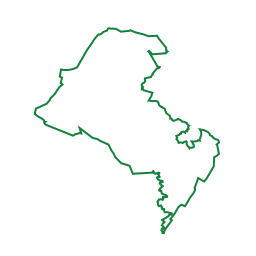 Minatitlán, Colima, Mexico, rotated 281°
{"feature_id": "50627088B87770668885129", "entity_name": "Minatitlán", "entity_type": "district", "adm_level": 2, "iso_a3": "MEX", "parent_name": "Mexico", "parent_adm1": "Colima", "projection": "equal_earth", "projection_center": [-104.083, 19.372], "detail": "fine", "context": "isolated", "style": "outline", "palette": "green", "viewbox_px": 256, "rotation_deg": 281, "n_neighbors": 0, "source": "geoboundaries", "source_scale": "gbopen_adm2", "svg_char_len": 5721}
<svg xmlns="http://www.w3.org/2000/svg" viewBox="0 0 256 256"><g transform="rotate(281 128 128)"><path d="M214.2,81.0L208.1,77.7L205.7,76.9L196.7,72.9L187.5,69.8L177.8,66.4L175.3,62.6L174.2,60.0L173.3,57.3L172.7,53.8L172.7,51.1L165.4,51.3L164.8,53.7L159.5,53.3L158.2,55.4L155.1,52.8L153.4,52.2L151.2,51.1L147.6,49.7L145.5,48.4L143.5,47.0L142.7,46.5L141.7,46.0L140.7,46.0L136.4,43.6L129.4,33.9L123.9,33.8L123.2,35.5L122.9,35.8L122.6,36.6L122.2,37.4L121.6,39.0L121.1,40.8L119.8,43.8L119.2,44.3L118.1,44.5L118.0,44.8L118.1,45.5L117.3,44.8L116.7,45.1L115.8,46.1L115.5,46.9L110.0,75.4L110.6,76.3L111.5,77.0L112.2,78.2L112.5,79.2L113.4,80.5L113.7,81.4L113.8,82.1L113.7,83.1L118.8,80.5L111.5,95.2L111.3,100.1L110.1,103.1L108.0,112.1L103.2,115.6L100.3,118.7L97.2,120.9L92.1,128.1L91.3,136.7L84.0,141.5L88.8,160.2L89.0,160.4L90.0,160.6L90.4,160.9L90.5,161.1L90.5,161.3L90.4,161.4L89.5,161.3L89.4,161.5L89.2,161.9L88.7,162.0L88.6,162.3L88.3,163.5L88.9,164.3L88.9,164.9L89.3,165.2L89.8,166.0L90.0,166.6L89.9,167.2L89.7,167.4L89.1,167.1L88.8,167.0L88.6,166.8L88.6,166.5L88.4,166.4L88.2,166.4L87.8,167.1L87.3,167.4L86.3,168.3L86.1,168.4L85.9,168.3L85.8,168.2L85.8,167.6L85.7,167.0L85.5,166.5L85.3,166.1L84.8,166.0L84.6,166.0L84.4,166.2L84.3,166.4L83.9,166.6L83.6,166.9L83.3,167.4L83.2,167.5L82.9,168.4L82.7,168.7L82.8,169.0L82.5,169.5L82.7,171.0L82.6,171.9L82.5,172.0L81.7,172.4L81.3,172.0L81.2,171.6L80.9,171.3L80.7,170.6L80.4,169.7L80.2,169.6L79.6,169.9L78.8,170.7L78.4,171.3L77.9,172.4L77.9,172.7L77.8,173.0L77.6,173.3L77.3,173.2L77.0,172.7L76.8,172.6L76.7,172.5L76.2,172.0L75.8,171.8L74.7,171.1L73.8,171.3L73.5,171.3L73.4,171.0L73.5,170.5L73.1,170.3L72.4,170.9L72.3,171.5L72.3,172.1L72.5,172.7L72.1,172.8L70.8,173.4L70.2,173.6L69.8,174.9L69.4,177.7L69.1,178.7L68.5,179.4L68.2,179.6L67.9,179.6L67.7,179.4L67.4,178.7L67.4,178.3L67.2,177.5L67.2,176.1L67.0,175.5L66.1,175.7L65.7,176.1L64.7,176.1L64.2,175.9L64.1,175.7L64.4,174.7L64.4,173.9L64.2,173.8L64.2,173.5L64.0,173.2L63.8,172.7L63.9,172.4L63.9,172.2L63.7,172.0L62.9,171.7L62.4,171.8L62.0,171.2L61.6,171.0L60.7,171.2L60.2,171.7L60.0,171.8L59.0,171.9L58.1,172.3L57.5,172.7L57.3,172.9L57.2,173.4L57.6,173.7L57.9,174.1L58.2,174.9L58.2,175.1L57.7,175.2L57.5,175.3L56.9,176.5L56.5,176.3L56.1,176.4L55.9,176.6L54.8,177.0L54.8,177.3L55.1,177.6L55.3,178.3L55.3,179.0L55.0,179.1L54.4,179.0L52.8,179.7L52.4,180.1L52.3,180.7L52.6,181.6L52.8,182.2L52.8,183.2L52.7,185.4L52.5,186.9L52.5,187.2L52.2,187.4L51.2,187.4L51.2,187.2L51.2,186.6L51.1,186.2L51.1,185.2L50.5,185.1L48.7,184.2L48.5,183.6L47.9,182.9L47.1,182.5L45.7,180.6L45.2,180.2L44.4,179.0L44.2,178.9L43.9,179.3L43.7,180.2L43.1,181.5L42.6,181.8L42.4,181.9L42.2,181.8L41.8,181.0L40.9,180.4L38.9,179.9L38.7,180.4L38.4,180.9L38.1,181.1L37.8,181.8L37.1,182.3L36.6,182.4L35.9,182.1L35.8,181.9L36.0,181.1L35.9,180.7L35.3,180.3L35.1,180.3L34.8,180.5L33.9,180.4L33.5,181.0L31.6,181.9L31.6,183.2L32.1,183.3L32.8,183.3L32.4,182.9L36.1,184.0L45.8,188.7L46.7,187.0L47.2,187.4L53.2,190.3L59.9,192.5L61.7,193.9L62.8,194.9L63.0,195.4L62.0,198.7L65.5,200.2L71.2,202.1L76.3,204.6L77.6,205.1L80.1,205.7L82.3,204.8L83.1,205.1L92.3,206.5L91.3,209.0L90.0,213.0L92.7,214.5L94.0,215.0L103.0,218.2L106.5,219.5L116.0,218.2L116.4,219.1L117.7,220.5L118.4,221.1L119.4,221.6L119.9,222.2L128.7,218.6L128.8,218.3L131.1,220.1L133.3,218.9L133.6,217.7L133.7,216.1L134.9,213.1L135.3,212.8L135.5,212.8L136.1,211.7L136.1,211.4L136.6,209.9L137.9,209.2L139.3,207.2L139.8,205.1L140.3,203.9L140.4,198.9L138.7,200.3L135.5,201.3L130.1,200.5L129.3,200.9L129.3,198.9L128.5,198.6L127.5,196.2L127.0,193.0L124.0,195.7L123.5,195.7L123.2,196.0L122.6,196.2L121.6,196.1L121.4,195.8L120.3,192.3L119.9,192.2L121.3,191.0L121.5,190.2L123.5,188.5L125.1,188.5L125.9,187.9L126.1,187.6L125.8,187.3L125.0,185.6L124.6,185.2L123.6,184.5L123.7,184.1L123.9,183.7L123.9,182.5L123.7,181.8L123.2,181.0L123.1,180.7L123.2,180.3L123.6,180.3L125.2,179.3L125.8,178.2L126.1,177.8L126.4,177.7L126.9,177.7L127.2,178.0L127.8,178.2L128.0,178.1L129.4,176.9L131.2,179.8L132.1,180.0L132.1,180.4L132.3,181.0L132.5,181.1L133.1,180.9L133.4,181.0L133.7,181.2L134.2,181.1L134.7,181.9L134.7,182.3L135.0,183.2L135.0,183.7L134.5,184.5L134.3,185.0L135.1,185.0L136.1,185.5L136.1,186.7L136.9,186.8L137.1,186.5L138.1,186.4L138.6,187.1L138.8,187.7L139.5,187.5L140.1,187.0L140.8,186.9L141.5,187.0L141.8,187.4L141.9,187.5L143.4,185.0L144.2,184.8L144.3,184.5L144.3,183.1L144.7,182.6L144.7,179.6L145.1,179.4L145.6,178.3L146.0,177.8L146.1,176.7L146.4,176.1L146.3,175.0L145.6,174.6L145.4,174.0L144.2,172.4L144.0,171.5L143.7,171.0L144.5,169.6L145.0,169.4L145.3,169.0L145.4,168.7L145.2,167.7L146.2,167.6L148.1,166.6L149.8,162.8L151.4,161.8L152.2,161.2L153.6,160.7L153.9,160.3L154.9,157.1L155.2,157.2L155.3,156.3L156.3,154.3L158.9,152.8L159.8,151.7L159.7,148.8L159.0,147.0L158.9,146.2L159.1,144.2L158.8,143.1L163.4,144.7L167.3,145.3L168.0,136.2L169.1,135.3L168.8,134.9L168.6,134.3L169.4,134.4L170.1,134.2L171.0,134.8L171.1,134.5L171.1,134.0L171.4,133.8L171.9,133.9L172.1,133.4L172.5,133.4L173.2,133.2L174.9,134.2L175.2,134.5L175.6,135.3L177.2,135.9L179.3,135.2L179.9,135.2L180.5,136.3L182.5,140.9L184.2,141.3L185.4,142.1L186.1,141.8L191.9,145.0L192.4,146.3L193.3,147.4L194.0,147.5L193.8,145.4L205.9,134.8L207.0,133.7L207.1,133.4L207.7,133.9L205.0,137.8L208.4,150.3L209.0,150.5L209.2,151.4L210.0,151.6L210.6,152.1L210.8,150.9L211.2,150.7L211.9,150.9L212.4,150.4L214.0,150.2L221.6,141.2L224.1,138.8L222.0,130.8L222.8,125.8L223.3,117.4L223.3,116.9L224.4,111.7L223.6,110.7L221.2,102.6L223.0,97.5L223.0,96.4L222.8,95.7L222.8,95.4L222.6,94.6L222.7,93.9L222.3,92.8L222.3,91.4L222.2,90.1L222.0,89.6L221.6,89.3L220.8,89.1L219.7,88.9L217.7,85.6L215.3,83.8L214.8,83.0L214.2,82.3L214.2,81.0Z" fill="none" stroke="#15803d" stroke-width="2"/></g></svg>